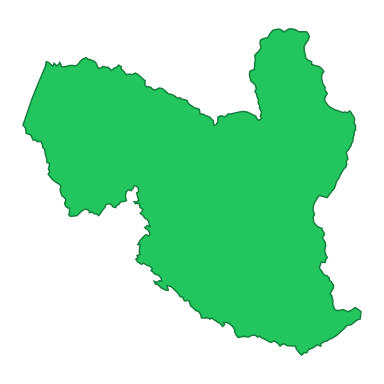 outline of Cerro Azul, Paraná, Brazil
{"feature_id": "56859067B8316714109518", "entity_name": "Cerro Azul", "entity_type": "district", "adm_level": 2, "iso_a3": "BRA", "parent_name": "Brazil", "parent_adm1": "Paraná", "projection": "robinson", "projection_center": [-49.28, -24.885], "detail": "fine", "context": "isolated", "style": "filled", "palette": "green", "viewbox_px": 384, "rotation_deg": 0, "n_neighbors": 0, "source": "geoboundaries", "source_scale": "gbopen_adm2", "svg_char_len": 5339}
<svg xmlns="http://www.w3.org/2000/svg" viewBox="0 0 384 384"><path d="M257.2,52.6L254.7,55.5L255.4,59.5L254.7,63.1L254.7,65.6L254.2,69.4L249.9,71.3L249.4,74.6L250.8,80.9L255.2,84.9L256.4,88.7L254.9,91.5L256.6,94.0L257.1,96.8L258.4,99.5L258.2,102.9L259.7,105.6L259.4,107.9L261.6,112.4L260.4,116.0L261.6,118.7L258.8,120.4L256.6,118.4L255.8,116.2L247.5,112.1L243.1,111.4L240.0,111.9L230.1,114.1L227.9,113.9L226.7,115.7L224.1,116.8L221.2,115.7L217.9,117.1L217.9,121.9L215.7,125.1L213.7,125.2L213.4,120.7L211.0,118.6L209.5,117.0L205.4,115.5L203.3,114.2L200.2,114.0L199.3,109.3L196.9,108.5L194.0,107.7L192.3,106.2L190.0,104.8L188.2,103.3L187.3,100.8L185.0,99.7L182.1,99.3L179.8,97.7L177.6,98.3L173.9,95.5L171.0,94.3L168.5,93.9L166.8,92.3L164.3,90.1L162.2,88.6L159.4,88.0L154.9,90.0L152.7,89.4L151.3,87.7L149.2,86.7L146.6,87.0L144.7,84.4L145.3,80.8L142.9,79.0L140.0,76.3L138.0,74.4L135.4,73.1L132.1,74.6L130.1,74.2L125.9,74.4L124.3,72.1L122.9,70.4L121.0,68.8L121.3,66.7L118.7,65.1L116.8,67.2L114.4,68.0L111.5,70.4L110.0,69.0L108.1,67.3L105.7,67.2L102.9,66.4L101.1,67.9L98.6,68.4L97.1,65.6L95.7,62.6L93.5,60.9L90.5,59.8L88.0,59.2L86.1,57.7L82.0,59.5L79.4,62.4L77.6,64.8L74.9,66.0L72.4,65.4L69.0,65.6L65.0,66.8L61.6,66.9L60.7,64.4L59.7,62.4L58.6,64.7L56.5,65.6L54.1,63.3L52.7,66.2L50.7,64.3L48.8,62.6L46.3,61.7L45.5,66.2L35.5,90.0L31.9,99.2L23.0,125.1L25.5,128.0L26.3,133.6L28.6,133.9L31.0,135.3L32.1,138.0L33.4,140.3L35.3,139.7L37.1,141.6L40.8,141.4L42.4,144.1L42.7,147.5L44.6,149.1L45.2,152.9L45.6,155.4L46.7,158.3L47.0,162.7L49.3,163.0L49.3,165.5L48.4,169.1L49.7,171.5L48.2,174.2L50.0,176.5L51.6,178.6L53.3,180.3L56.3,182.5L59.6,184.5L61.0,186.4L60.1,189.2L60.8,192.6L62.0,195.7L64.6,197.8L66.0,200.0L64.6,203.2L65.4,205.8L67.3,207.7L69.3,208.1L69.6,211.9L68.7,214.7L70.4,216.4L72.8,216.1L76.9,215.7L82.0,210.8L85.2,209.0L88.8,210.2L89.4,212.7L92.2,212.1L94.2,213.8L96.8,214.0L98.6,215.6L100.0,214.0L102.2,210.8L105.0,207.2L106.0,204.5L108.2,203.9L111.0,204.1L113.2,207.0L115.6,207.6L116.7,205.5L119.0,204.3L120.6,201.9L124.7,201.3L126.5,200.5L125.3,196.3L126.2,191.9L128.5,189.7L131.2,190.7L132.8,188.7L134.1,185.8L136.1,186.1L138.1,187.5L138.7,191.8L136.6,192.8L137.8,197.3L138.7,200.3L136.7,201.9L134.2,201.7L135.4,203.7L139.2,203.2L139.9,207.2L143.1,209.8L140.3,213.4L143.0,215.4L144.8,218.1L147.3,219.6L148.7,221.7L149.9,226.7L147.3,225.5L144.7,227.6L148.1,230.2L150.0,233.6L149.3,235.8L145.7,234.8L142.6,237.6L139.7,241.1L137.8,244.5L139.9,244.3L139.7,247.0L139.4,250.1L139.2,252.3L140.3,254.4L137.0,255.5L138.0,257.5L135.9,259.2L137.5,261.7L141.4,264.3L143.6,263.1L147.0,265.3L150.2,266.3L152.3,268.9L151.0,270.6L153.1,272.1L154.9,274.1L158.5,275.2L161.0,277.9L161.6,281.0L159.1,280.7L157.4,282.4L154.2,281.3L155.5,284.1L158.1,284.7L159.5,286.2L161.2,287.9L166.3,290.4L168.4,290.1L166.8,285.7L168.9,285.9L171.6,287.0L176.2,291.4L178.3,293.7L180.3,296.8L183.1,297.2L183.4,299.4L184.9,301.1L187.1,300.3L189.3,301.2L190.6,305.9L193.4,308.1L195.6,310.4L198.7,311.6L200.5,314.1L201.5,318.0L204.6,318.0L207.9,317.9L210.2,319.1L211.9,317.9L214.0,319.8L216.1,320.9L217.6,322.3L219.6,323.0L222.7,326.6L224.6,324.6L223.6,322.5L226.3,322.4L228.9,323.5L230.6,324.7L232.3,326.1L234.5,329.3L234.8,331.9L236.3,335.4L238.3,337.5L243.6,336.4L248.5,337.0L251.7,335.4L255.2,335.1L257.6,337.1L259.7,336.2L261.3,337.6L266.4,340.0L268.7,341.5L271.0,342.5L274.2,340.8L277.8,343.3L280.1,346.1L282.0,344.3L284.1,343.9L287.3,345.7L295.6,346.1L296.2,348.8L299.3,353.0L301.5,355.1L304.3,352.6L306.7,352.8L308.5,349.5L312.6,348.0L317.4,344.8L320.7,346.2L320.9,343.6L323.4,342.1L325.6,341.1L327.5,340.7L329.5,339.0L332.2,338.3L333.8,337.0L336.3,335.7L344.6,328.2L346.7,325.6L351.3,324.6L353.4,322.9L357.1,320.0L360.2,318.9L360.6,315.2L361.0,311.7L358.5,309.7L355.2,307.5L351.3,310.3L347.4,311.7L343.3,309.6L338.3,310.6L334.9,309.9L332.7,304.1L332.9,300.4L331.5,295.1L329.9,294.0L333.4,287.9L333.6,285.5L331.4,281.9L329.5,280.5L329.3,278.2L327.4,276.1L324.0,274.8L322.9,273.0L319.3,267.8L321.2,262.1L325.1,262.5L325.7,259.4L327.4,257.5L326.1,255.5L324.6,250.7L325.4,247.1L325.7,244.7L324.9,241.6L323.2,239.2L322.5,237.1L324.5,234.5L323.9,232.4L322.6,230.9L322.0,228.5L318.4,227.0L316.7,225.9L313.7,222.4L313.6,219.9L312.9,217.4L314.5,214.6L313.1,210.1L313.2,206.8L314.5,202.7L317.3,198.2L319.3,195.5L327.2,197.6L329.3,194.5L331.9,191.1L334.2,188.6L335.5,185.2L336.5,181.4L339.1,177.8L340.2,175.0L343.6,169.3L345.9,167.0L346.7,164.3L346.2,161.4L347.9,158.8L347.0,155.4L346.2,152.3L348.3,150.0L350.9,145.9L351.6,143.5L352.8,141.4L353.2,137.3L354.2,134.8L354.1,131.7L355.5,130.2L355.5,127.8L355.5,125.5L354.0,122.6L354.7,119.8L354.0,117.1L352.1,114.5L351.0,112.2L349.4,110.9L347.7,112.8L344.8,112.0L342.9,112.6L340.8,111.9L337.7,110.6L335.1,109.9L332.4,108.5L328.7,106.2L325.4,102.0L324.5,99.0L325.4,96.8L327.3,93.3L324.9,90.1L325.1,87.3L322.8,83.8L322.3,81.5L321.6,78.4L321.7,74.6L323.9,71.6L321.6,68.5L319.0,66.5L315.2,65.6L311.6,64.5L311.6,61.7L308.3,60.3L305.8,58.1L305.3,54.7L304.4,51.7L304.1,46.7L305.4,44.0L308.3,39.8L309.3,36.5L308.0,33.4L306.5,31.8L304.5,31.8L302.2,31.7L298.5,31.7L296.8,30.5L294.4,29.3L291.4,28.9L289.0,28.9L286.1,30.7L284.3,31.8L282.5,30.8L280.1,29.3L277.7,29.2L273.0,30.2L270.8,32.7L269.3,34.7L267.8,37.6L264.3,38.4L261.1,39.6L260.0,41.5L260.2,44.3L261.0,47.9L259.0,51.0L257.2,52.6Z" fill="#22c55e" stroke="#15803d" stroke-width="1.5"/></svg>